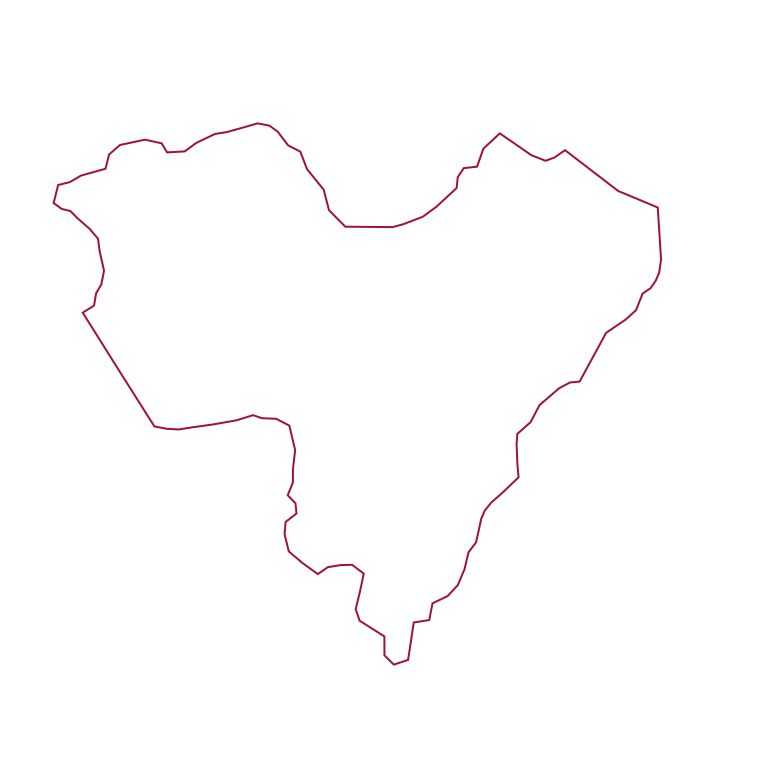 the district of Santa Cruz, Paraíba, Brazil, rotated 171°
{"feature_id": "56859067B91012159546278", "entity_name": "Santa Cruz", "entity_type": "district", "adm_level": 2, "iso_a3": "BRA", "parent_name": "Brazil", "parent_adm1": "Paraíba", "projection": "orthographic", "projection_center": [-38.047, -6.532], "detail": "fine", "context": "isolated", "style": "outline", "palette": "rose", "viewbox_px": 768, "rotation_deg": 171, "n_neighbors": 0, "source": "geoboundaries", "source_scale": "gbopen_adm2", "svg_char_len": 1554}
<svg xmlns="http://www.w3.org/2000/svg" viewBox="0 0 768 768"><g transform="rotate(171 384 384)"><path d="M342.5,173.9L333.5,188.4L326.8,204.6L317.7,213.4L309.1,235.6L304.2,243.3L296.6,250.1L282.5,259.1L265.7,270.8L264.8,283.8L262.5,303.7L260.1,313.9L245.2,323.4L233.6,338.9L211.7,352.4L200.1,356.4L190.4,355.8L156.6,399.8L147.5,404.1L135.3,409.8L123.5,417.5L114.4,432.9L105.8,436.9L99.4,443.6L94.8,451.0L90.9,463.4L86.0,515.5L122.4,537.9L168.6,586.6L180.0,581.1L189.5,579.2L202.6,586.9L230.4,613.4L249.1,600.8L258.1,584.1L271.5,584.7L278.8,576.8L281.6,566.2L304.6,550.8L319.6,543.1L340.1,538.8L350.8,537.6L397.6,545.4L411.1,564.2L413.2,585.4L426.4,608.2L430.3,626.6L441.4,634.7L449.4,649.7L456.7,657.1L468.1,661.2L486.0,659.0L500.2,657.4L511.8,657.4L531.4,651.6L544.5,644.9L562.0,646.7L566.0,656.5L581.8,662.7L607.3,661.4L619.6,653.7L625.4,640.2L650.8,637.2L662.9,632.5L674.7,631.5L682.0,614.4L674.9,607.3L666.7,603.9L660.9,595.8L650.4,583.2L643.7,572.1L644.1,559.9L642.8,539.7L647.6,526.6L654.2,518.5L658.1,506.8L670.4,501.6L642.8,436.9L617.4,378.0L605.4,373.7L593.8,371.2L580.8,371.2L559.8,370.8L535.4,371.2L518.2,373.7L509.9,369.3L495.9,366.5L484.0,357.7L482.1,332.7L487.3,313.8L489.4,300.9L496.5,289.2L490.1,280.0L490.7,269.8L502.8,263.1L505.7,251.0L504.2,233.5L492.2,219.6L479.1,206.6L468.1,211.9L454.6,211.9L443.8,210.4L433.7,199.9L439.9,183.5L447.2,166.0L445.1,154.0L423.1,134.6L426.0,116.0L418.2,105.3L403.4,107.7L399.1,121.1L391.9,143.8L376.2,143.8L370.4,159.8L354.1,164.7L342.5,173.9Z" fill="none" stroke="#9f1239" stroke-width="2"/></g></svg>